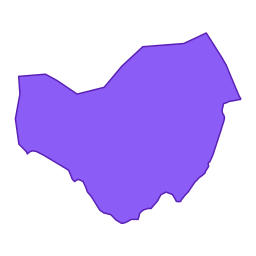 the district of Abu Zabad, North Kordufan, Sudan
{"feature_id": "16777658B30413539722349", "entity_name": "Abu Zabad", "entity_type": "district", "adm_level": 2, "iso_a3": "SDN", "parent_name": "Sudan", "parent_adm1": "North Kordufan", "projection": "natural_earth1", "projection_center": [29.458, 12.635], "detail": "fine", "context": "isolated", "style": "filled", "palette": "violet", "viewbox_px": 256, "rotation_deg": 0, "n_neighbors": 0, "source": "geoboundaries", "source_scale": "gbopen_adm2", "svg_char_len": 1676}
<svg xmlns="http://www.w3.org/2000/svg" viewBox="0 0 256 256"><path d="M240.6,99.1L240.6,98.7L240.6,98.2L239.8,97.4L238.8,95.3L238.8,95.2L238.6,94.8L237.6,92.4L236.2,89.1L230.2,74.8L229.2,72.4L226.1,64.9L223.4,60.3L221.6,57.1L221.4,56.8L217.4,50.6L215.7,47.8L207.2,34.5L206.4,33.2L206.7,32.7L206.6,32.8L183.8,43.5L142.8,46.7L121.9,66.1L104.2,87.3L77.1,94.1L57.0,80.5L45.4,74.2L18.7,76.4L19.9,94.1L15.4,118.8L18.9,144.1L24.8,150.1L26.3,151.6L27.2,153.6L27.3,153.8L29.7,151.9L32.4,150.8L36.4,151.5L43.3,155.0L52.7,160.6L65.8,168.5L68.6,170.3L70.5,174.6L72.1,178.8L73.5,180.6L74.7,181.5L76.5,180.2L78.1,179.4L80.8,180.4L83.1,181.6L85.5,186.6L87.4,191.9L91.7,197.1L97.4,206.3L99.8,210.1L103.8,212.9L110.9,214.7L115.9,219.9L121.5,223.3L124.3,223.0L128.0,221.3L131.2,219.4L138.1,219.4L139.0,216.3L139.6,213.5L141.6,211.3L144.1,209.7L147.9,208.5L151.1,208.5L153.4,205.7L157.5,201.0L160.9,194.7L166.1,192.1L172.4,194.5L174.5,197.9L176.4,201.4L178.5,201.7L180.6,201.4L180.8,201.0L180.8,200.9L181.6,199.5L185.4,194.8L186.5,193.7L188.5,191.6L189.4,190.1L195.1,181.8L197.7,179.4L198.1,178.8L198.9,177.9L199.8,177.3L199.9,177.1L200.9,176.4L202.5,175.3L204.9,173.1L205.3,172.0L205.5,171.4L205.9,170.6L207.2,168.8L208.5,166.5L208.5,166.0L208.6,165.5L208.1,163.9L208.4,162.9L209.8,161.8L212.8,155.2L214.0,151.5L216.2,144.8L218.0,139.3L220.9,130.5L221.2,129.5L221.3,129.2L223.8,121.2L224.1,120.0L224.5,118.1L224.2,116.3L223.9,115.6L223.8,115.2L223.1,114.2L222.5,112.9L222.4,112.5L222.1,111.4L222.2,110.7L222.4,108.6L223.1,106.2L223.1,104.9L223.6,103.6L224.8,103.3L225.5,103.1L229.4,101.4L231.9,101.0L239.7,99.5L240.4,99.5L240.6,99.1Z" fill="#8b5cf6" stroke="#5b21b6" stroke-width="1.5"/></svg>